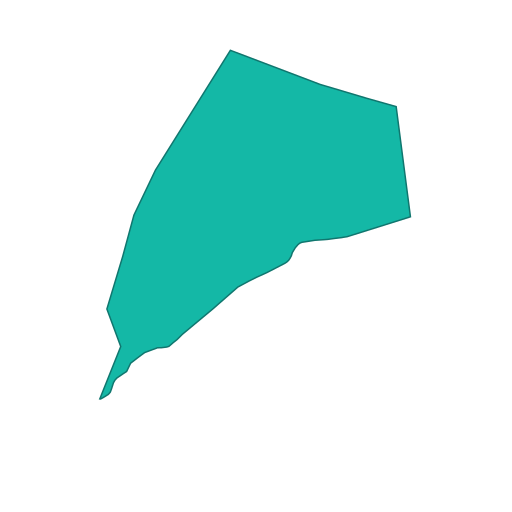 Bayantal, Dornogovi, Mongolia (Natural Earth projection), rotated 292°
{"feature_id": "93677404B54852332365527", "entity_name": "Bayantal", "entity_type": "district", "adm_level": 2, "iso_a3": "MNG", "parent_name": "Mongolia", "parent_adm1": "Dornogovi", "projection": "natural_earth1", "projection_center": [108.074, 46.665], "detail": "fine", "context": "isolated", "style": "filled", "palette": "teal", "viewbox_px": 512, "rotation_deg": 292, "n_neighbors": 0, "source": "geoboundaries", "source_scale": "gbopen_adm2", "svg_char_len": 1060}
<svg xmlns="http://www.w3.org/2000/svg" viewBox="0 0 512 512"><g transform="rotate(292 256 256)"><path d="M65.0,164.7L65.2,165.5L66.1,166.2L67.7,167.5L70.1,169.3L70.9,169.8L72.0,170.7L73.1,171.2L73.7,171.4L74.3,171.6L74.7,171.8L75.1,171.8L75.4,171.9L75.5,171.9L78.6,171.8L85.3,171.3L85.6,171.4L87.1,171.6L88.0,171.7L90.9,172.8L96.9,176.8L100.5,179.3L105.1,179.6L109.6,179.9L117.0,184.2L120.8,186.5L124.8,189.0L130.5,195.2L131.9,196.8L133.2,198.2L134.0,199.0L135.5,202.6L138.2,207.4L139.6,209.1L142.1,210.4L144.5,211.6L148.9,214.1L155.7,217.0L168.6,223.9L191.5,236.2L197.3,239.1L220.4,250.8L223.3,253.2L229.7,258.5L236.4,264.4L244.8,272.4L260.2,285.6L262.1,286.9L264.3,287.9L266.7,288.4L269.5,288.7L272.7,288.4L278.3,289.3L282.2,290.6L284.2,291.7L285.9,293.4L287.3,295.8L292.7,304.8L296.8,313.3L298.3,316.3L302.3,323.3L305.2,328.6L306.3,330.3L308.0,333.2L350.2,384.5L447.0,330.0L443.7,299.5L439.1,251.2L437.1,155.2L298.0,130.6L248.2,127.5L205.5,132.6L151.0,137.6L121.4,164.5L66.4,164.7L65.0,164.7Z" fill="#14b8a6" stroke="#0f766e" stroke-width="1.5"/></g></svg>